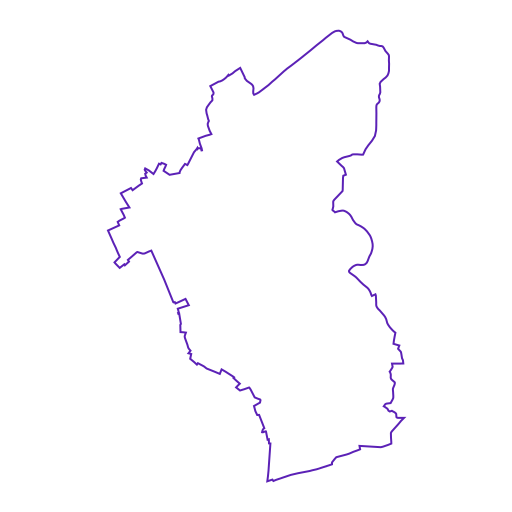 outline of An Thi, Hưng Yên, Vietnam
{"feature_id": "81297802B29202402001629", "entity_name": "An Thi", "entity_type": "district", "adm_level": 2, "iso_a3": "VNM", "parent_name": "Vietnam", "parent_adm1": "Hưng Yên", "projection": "orthographic", "projection_center": [106.109, 20.813], "detail": "fine", "context": "isolated", "style": "outline", "palette": "violet", "viewbox_px": 512, "rotation_deg": 0, "n_neighbors": 0, "source": "geoboundaries", "source_scale": "gbopen_adm2", "svg_char_len": 6029}
<svg xmlns="http://www.w3.org/2000/svg" viewBox="0 0 512 512"><path d="M367.6,41.3L366.7,42.2L366.0,42.7L364.6,43.2L357.8,43.2L356.4,42.9L353.1,41.4L350.4,39.7L344.9,37.2L343.9,36.6L343.4,35.6L343.0,34.7L342.7,33.6L342.1,32.5L341.1,31.6L339.9,31.0L338.8,30.7L337.6,30.8L336.5,30.9L335.0,31.3L333.7,32.0L332.0,33.0L330.2,34.4L325.7,37.9L322.9,40.3L316.7,45.2L310.1,50.7L300.0,58.8L291.2,65.6L287.1,68.6L285.6,69.9L284.0,71.2L275.0,79.4L272.3,81.6L268.5,85.1L258.9,92.4L257.1,93.4L254.1,94.8L253.3,93.5L253.2,91.6L253.5,88.3L253.1,86.2L252.2,84.8L251.2,83.9L246.9,80.9L245.3,79.0L244.7,78.0L244.7,77.2L240.2,67.9L235.2,71.1L232.5,73.4L228.8,75.6L228.4,74.9L227.3,76.2L226.0,77.6L224.2,79.1L222.3,80.4L220.1,81.4L218.5,81.7L210.3,86.1L213.5,92.4L213.5,93.6L213.2,94.5L212.3,95.3L212.0,95.7L211.9,96.4L212.4,98.4L212.4,100.2L211.8,101.0L210.6,102.2L209.1,104.2L206.9,107.3L206.1,109.8L206.6,113.3L207.3,115.7L208.2,119.3L208.8,120.7L208.8,121.2L208.3,122.0L207.7,123.9L207.8,125.2L208.0,126.2L209.7,130.9L211.4,134.1L209.5,134.8L205.7,135.8L198.4,138.5L198.9,139.7L199.9,143.7L201.6,148.3L202.0,150.3L201.5,150.4L200.9,148.3L198.2,148.2L197.7,148.8L197.4,147.9L196.7,149.0L194.0,152.2L187.8,164.4L187.3,165.1L186.1,164.4L185.0,163.9L181.9,168.1L180.5,170.2L180.0,171.3L179.7,172.1L179.6,173.0L169.6,174.8L163.6,170.8L164.2,169.1L165.5,166.4L166.1,164.8L164.4,163.9L161.5,162.9L160.6,164.4L159.0,163.7L156.8,168.3L155.3,171.1L153.5,174.0L148.8,170.4L145.2,168.4L144.7,169.7L145.2,170.7L146.7,172.6L145.2,173.7L145.6,175.5L146.7,177.6L141.2,178.3L140.8,179.5L141.1,180.9L142.0,183.5L138.7,185.7L132.6,190.2L131.0,188.0L120.8,193.3L125.8,201.8L129.4,207.5L121.5,208.9L120.7,209.2L123.8,215.1L124.9,217.7L124.0,218.3L119.4,220.7L117.7,221.9L119.2,225.4L108.0,230.5L111.9,239.3L113.4,242.8L115.9,248.0L116.8,250.3L118.1,253.3L119.8,256.9L114.5,262.4L115.6,263.7L119.7,267.9L124.3,264.3L124.9,265.3L129.0,261.6L127.9,259.9L130.5,257.7L136.7,252.3L137.4,252.0L142.5,253.6L144.0,253.6L145.0,253.3L148.9,251.5L151.3,250.6L164.2,279.6L173.3,302.2L173.6,302.4L173.8,302.4L174.8,302.1L175.5,303.5L178.2,302.3L185.5,298.9L188.8,305.2L177.8,308.7L178.9,312.8L178.1,313.0L178.4,313.9L179.2,313.7L180.9,323.9L180.3,324.9L180.5,332.1L183.6,332.3L185.9,332.6L184.8,335.7L184.7,336.8L185.0,338.1L187.4,344.7L188.1,347.3L188.6,348.4L189.3,349.3L190.5,350.7L188.5,353.3L191.2,354.0L190.2,358.8L194.2,362.1L196.9,364.6L197.9,363.2L202.5,365.6L204.1,366.5L206.6,368.5L214.6,371.7L219.8,373.9L221.6,369.4L225.4,371.6L233.2,376.6L234.1,377.3L233.5,378.0L236.5,380.8L239.8,383.7L238.0,385.4L236.1,387.4L240.0,390.5L244.3,389.2L249.1,387.5L249.6,388.0L250.6,389.5L254.7,397.4L258.1,398.8L260.0,399.4L260.5,400.1L260.0,402.6L254.0,406.0L255.4,411.2L257.2,415.0L259.1,414.9L264.3,428.2L263.7,428.6L263.3,429.0L262.9,429.5L262.3,431.2L262.1,432.2L262.7,432.3L263.2,432.2L264.7,431.6L265.8,431.3L266.0,431.6L267.6,439.7L268.8,439.3L269.0,443.4L270.4,443.5L268.9,465.0L268.5,470.8L267.9,476.8L267.3,481.3L272.4,479.6L273.4,481.0L275.7,480.0L290.8,474.9L298.1,473.2L309.7,471.0L312.2,470.3L316.6,469.3L329.4,465.2L332.0,464.3L332.0,462.9L332.0,462.5L332.3,462.0L334.6,459.1L336.3,457.2L346.6,454.5L349.3,453.6L353.4,451.8L357.6,450.3L360.1,449.3L359.5,445.9L380.8,447.2L382.9,446.7L388.1,444.9L391.3,443.6L391.3,442.1L391.0,437.7L390.9,433.1L391.2,432.3L391.9,431.3L398.1,424.4L401.1,420.8L404.0,417.9L398.0,417.9L397.0,417.6L396.5,417.2L396.4,416.8L396.2,414.0L395.7,413.2L395.2,412.8L394.4,412.2L392.5,411.2L391.9,410.8L389.8,411.5L388.5,410.7L387.4,408.7L384.4,406.6L383.8,406.3L384.9,404.7L385.3,404.2L385.8,403.9L386.6,403.6L390.6,403.1L392.6,399.5L393.2,398.1L393.3,397.2L393.3,395.8L393.1,392.1L392.9,389.7L392.9,388.9L393.2,387.9L394.5,384.8L394.8,383.5L394.8,382.5L394.7,382.3L394.2,381.8L392.3,380.2L391.8,379.7L391.2,379.1L390.9,378.4L390.7,377.7L390.8,374.9L390.7,374.0L390.2,372.6L390.0,372.0L389.7,371.7L391.0,369.8L392.4,367.5L392.6,366.7L392.0,363.6L399.4,363.6L403.3,363.5L403.0,360.6L402.7,359.6L402.2,358.7L402.0,358.1L401.4,354.3L401.0,352.2L400.6,351.5L398.1,348.8L399.3,345.5L396.1,344.6L393.5,343.8L393.9,340.7L394.6,336.7L395.4,332.7L394.0,331.6L392.5,330.2L389.9,327.3L388.1,324.7L387.3,323.2L386.9,321.8L386.2,319.2L385.2,317.1L384.1,315.5L379.7,310.4L378.3,309.1L377.3,307.8L376.6,306.6L376.3,305.7L376.2,304.7L376.2,302.4L375.9,296.3L375.8,295.4L375.4,294.3L371.9,296.0L371.3,294.9L370.5,292.5L369.6,290.7L368.5,289.0L367.4,287.8L363.4,284.6L360.3,281.7L356.6,277.8L355.5,276.8L354.3,275.9L350.6,273.3L349.7,272.6L349.1,271.8L349.0,271.1L349.1,270.6L350.4,268.9L352.5,266.9L354.2,265.8L356.0,265.0L356.9,264.8L357.9,264.7L360.7,265.0L363.3,264.9L364.4,264.6L365.2,264.2L366.1,263.4L366.8,262.7L367.7,260.9L368.7,258.2L369.4,256.4L371.0,253.5L371.7,251.4L372.4,248.8L372.7,246.2L372.6,244.0L372.1,241.4L371.3,238.6L370.5,236.6L369.9,235.4L367.0,231.4L364.8,229.1L363.6,228.1L361.0,226.4L358.7,225.2L357.2,224.6L356.2,224.0L355.2,223.0L353.0,220.0L351.3,216.7L350.2,215.1L349.1,213.9L348.0,213.0L346.8,212.1L345.5,211.4L344.1,210.8L343.1,210.6L342.1,210.6L339.7,211.0L338.2,211.3L335.0,212.3L334.7,211.9L332.9,210.5L332.4,209.9L332.8,208.6L333.3,206.4L333.2,201.8L333.4,201.0L334.3,199.7L342.5,191.1L342.7,190.0L343.0,177.8L343.3,175.7L345.9,174.7L344.0,168.2L343.0,167.0L341.7,165.9L337.1,161.5L339.0,159.9L342.2,158.0L344.4,157.2L349.7,155.9L351.2,155.3L351.9,154.7L352.8,154.4L354.5,154.3L356.9,154.3L361.9,154.7L363.1,154.6L364.8,150.9L365.6,149.2L368.3,145.3L372.0,140.7L374.9,136.0L376.1,130.4L376.2,128.2L376.3,125.2L376.3,122.4L376.4,113.5L376.3,107.4L376.4,105.8L376.7,104.7L377.4,103.8L378.4,103.0L379.1,102.2L379.6,101.1L379.7,100.0L379.4,98.6L379.0,97.6L378.9,96.1L379.2,95.1L379.9,93.8L380.3,92.3L380.1,86.8L379.7,83.8L380.6,81.9L383.6,79.1L385.7,77.5L387.5,75.5L388.4,73.4L389.0,70.9L389.0,67.6L389.1,63.8L388.9,60.7L389.0,56.4L388.8,55.1L387.9,53.8L385.5,51.1L383.6,47.6L382.6,46.4L381.2,46.0L379.9,46.0L378.0,45.5L376.3,44.8L370.2,43.7L369.1,43.2L368.3,42.3L367.6,41.3Z" fill="none" stroke="#5b21b6" stroke-width="2"/></svg>